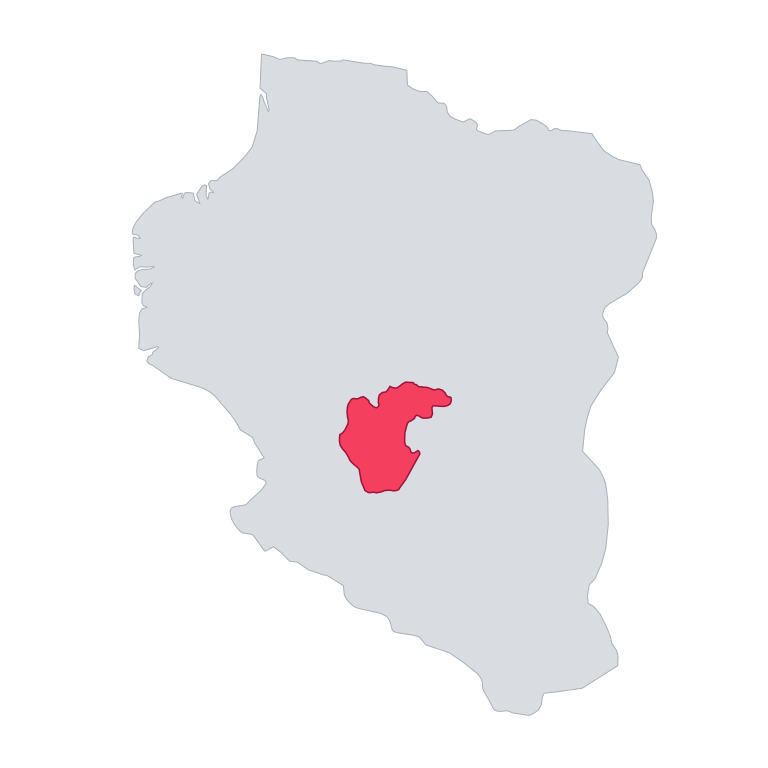 where Plateau sits in Nigeria, rotated 94°
{"feature_id": "NGA-2866", "entity_name": "Plateau", "entity_type": "State", "adm_level": 1, "iso_a3": "NGA", "parent_name": "Nigeria", "parent_adm1": "", "projection": "orthographic", "projection_center": [9.38, 9.346], "detail": "fine", "context": "in_parent", "style": "filled", "palette": "rose", "viewbox_px": 768, "rotation_deg": 94, "n_neighbors": 0, "source": "natural_earth", "source_scale": "10m", "svg_char_len": 5196}
<svg xmlns="http://www.w3.org/2000/svg" viewBox="0 0 768 768"><g transform="rotate(94 384 384)"><path d="M648.7,131.2L673.6,165.0L679.1,190.3L681.3,202.7L685.4,204.2L692.9,204.7L698.5,207.2L701.9,211.3L704.0,215.1L704.4,217.4L703.1,232.6L701.4,238.2L702.5,245.7L702.3,248.9L701.5,251.1L698.1,253.6L693.6,256.2L682.6,263.6L679.5,264.7L674.9,264.9L670.9,266.8L666.2,270.8L656.1,285.5L647.5,300.2L641.4,323.9L633.7,331.4L632.4,338.0L631.3,352.8L630.2,357.2L628.9,358.6L620.6,361.4L615.8,364.9L613.0,371.6L609.5,394.4L608.2,398.2L605.5,402.1L601.2,406.4L597.5,408.8L587.9,410.5L578.8,427.7L578.8,430.7L574.8,446.2L567.8,458.0L567.4,465.6L558.6,475.9L554.0,483.0L558.8,490.3L559.1,491.4L544.0,503.9L543.1,505.8L542.5,514.4L541.3,516.7L538.5,519.9L534.4,523.4L530.2,526.1L525.5,528.0L521.0,528.7L518.4,527.6L516.9,525.0L514.4,514.5L513.1,512.3L510.1,510.2L498.3,498.8L491.2,494.7L489.7,495.0L488.5,496.1L486.5,501.9L484.5,504.1L480.8,504.8L474.3,504.9L469.5,504.1L468.4,503.0L466.1,498.4L451.6,509.0L446.5,511.3L440.0,523.8L430.8,530.0L424.4,535.4L407.4,552.3L404.0,557.2L400.6,564.7L393.3,596.5L381.5,616.3L379.9,620.5L379.3,620.4L377.7,622.2L373.2,621.0L371.1,617.3L368.3,616.7L363.5,611.3L362.4,612.2L367.5,625.9L365.6,631.2L351.2,631.3L338.9,633.0L330.3,632.8L326.1,630.9L324.2,625.7L323.5,626.3L323.0,629.0L320.3,631.2L310.8,631.5L306.6,628.0L303.2,624.0L299.5,622.3L300.1,623.9L304.2,627.8L303.7,633.3L296.0,639.6L291.1,639.9L288.1,637.2L286.6,632.7L285.8,626.0L283.8,621.7L282.7,621.7L284.0,628.9L284.0,635.6L287.7,640.8L282.1,642.4L275.3,642.5L274.5,640.6L273.6,636.3L272.5,635.1L271.1,642.5L257.2,644.4L255.2,644.1L254.8,642.7L255.9,640.7L255.7,637.4L252.6,639.9L252.1,645.0L250.3,645.8L245.1,645.0L239.3,642.3L230.0,635.8L218.6,625.3L216.8,620.6L213.5,614.8L207.7,599.0L208.7,598.3L211.4,599.2L212.7,597.7L207.9,596.5L207.0,595.4L206.7,591.9L206.9,587.6L214.1,585.5L215.8,582.9L216.8,580.3L207.9,584.1L199.6,579.6L197.8,576.8L198.7,574.8L208.4,574.7L211.8,572.7L209.7,572.0L206.1,572.0L204.7,570.7L204.8,567.4L203.6,568.1L202.0,571.0L196.4,573.1L193.2,570.9L192.9,566.2L192.2,564.0L189.4,562.4L179.7,549.8L167.5,539.2L156.6,531.9L140.2,528.2L105.7,527.8L103.7,526.8L105.9,525.2L108.9,524.1L120.1,518.5L118.2,517.7L106.6,521.2L102.7,521.4L97.5,528.3L63.6,529.2L63.7,526.0L65.3,516.9L67.5,510.6L65.3,502.9L64.8,495.9L66.3,493.8L66.8,491.2L66.7,473.3L68.5,470.7L68.6,468.9L65.2,461.2L65.4,455.4L64.8,449.8L63.6,447.2L65.4,425.4L65.0,420.0L66.2,416.2L66.9,406.8L67.0,397.6L69.5,383.1L84.0,381.5L87.6,375.8L89.8,368.7L89.2,361.5L94.0,355.4L99.8,349.9L99.7,343.8L101.3,342.0L104.0,340.6L107.9,340.0L112.2,337.0L114.7,331.7L117.2,323.3L113.6,317.3L113.7,316.0L115.1,312.9L117.5,309.7L119.3,308.7L123.5,309.6L124.8,308.4L127.7,299.0L127.5,296.5L123.7,290.2L121.9,273.2L120.8,270.9L117.8,267.8L110.0,255.8L110.3,250.1L113.8,242.9L116.1,239.4L119.2,237.5L119.9,235.9L119.0,233.8L117.5,232.3L117.2,229.0L118.8,224.5L118.5,219.6L119.8,194.0L126.4,189.1L136.0,180.9L141.0,172.3L143.7,165.8L147.4,143.9L152.4,141.6L162.1,133.8L175.0,129.3L183.4,128.0L198.1,129.1L205.6,128.4L212.0,124.1L214.9,122.9L218.9,122.2L255.4,134.0L258.7,133.5L261.5,134.3L266.0,137.4L276.7,148.0L287.9,164.5L291.4,168.1L294.9,170.0L298.5,170.7L301.2,170.5L303.9,168.9L307.5,165.8L312.9,164.5L317.3,164.8L340.3,152.3L342.5,152.2L356.5,154.9L375.7,167.6L391.3,175.9L402.3,178.7L415.3,180.6L437.3,181.2L454.0,163.5L460.1,159.6L467.5,156.1L483.0,152.8L508.6,150.5L532.7,151.3L547.6,154.3L563.4,159.9L570.3,165.4L581.0,166.2L588.6,165.1L591.1,159.6L598.6,152.3L610.0,145.5L619.3,140.8L627.0,138.6L633.8,133.2L639.2,131.5L648.7,131.2ZM311.6,638.6L306.4,640.2L302.9,639.8L307.7,632.6L310.1,634.2L313.1,634.8L311.6,638.6Z" fill="#d9dde1" stroke="#a8b0b8" stroke-width="1"/><path d="M488.3,361.9L489.5,364.5L489.9,367.4L489.5,370.9L490.1,375.0L490.5,376.6L491.4,378.1L493.0,383.3L493.0,384.8L492.6,386.5L493.3,389.9L493.4,392.0L491.6,395.5L483.1,399.8L470.6,402.9L468.0,406.0L466.7,408.0L463.9,411.4L462.4,412.7L458.6,414.9L455.0,417.4L451.9,420.6L448.4,423.3L444.5,424.4L440.4,424.7L437.5,424.5L435.5,421.7L432.6,419.8L426.3,417.2L422.9,417.0L419.5,418.1L414.5,418.9L409.4,418.9L406.1,418.0L401.7,415.6L400.5,413.4L400.8,410.7L400.4,408.5L399.1,406.6L398.1,404.0L399.0,401.7L400.4,400.0L401.6,398.1L403.6,397.5L404.9,396.2L407.2,393.1L408.0,391.2L408.2,389.7L407.3,388.4L405.8,387.5L404.1,387.9L403.3,388.3L402.3,388.4L398.7,388.5L395.1,387.8L392.6,385.1L391.7,381.4L389.1,379.5L386.0,377.9L387.1,374.8L387.3,371.5L385.3,368.5L382.8,365.9L380.6,362.6L380.6,354.8L382.1,353.7L382.3,352.7L382.3,351.8L384.5,348.8L384.1,346.9L384.4,344.8L384.4,340.6L386.5,333.4L385.1,329.3L386.1,325.3L388.8,322.2L390.7,321.3L392.1,319.6L392.3,317.8L392.8,316.2L395.9,315.7L399.1,316.5L401.0,318.9L402.0,321.9L402.3,324.5L402.2,333.3L404.2,334.6L410.4,333.5L413.9,334.7L415.0,338.5L415.3,343.0L414.8,344.6L413.9,346.1L413.2,347.6L412.9,349.3L414.2,350.6L416.2,351.2L418.6,354.1L420.4,357.3L423.8,358.4L431.4,359.8L439.9,359.4L442.0,358.9L443.9,358.1L445.5,354.8L446.9,353.6L450.4,352.2L450.9,350.4L450.2,348.5L448.1,345.6L448.8,344.3L449.6,343.8L451.3,343.4L477.7,355.6L486.7,361.2L488.3,361.9Z" fill="#f43f5e" stroke="#9f1239" stroke-width="1.5"/></g></svg>